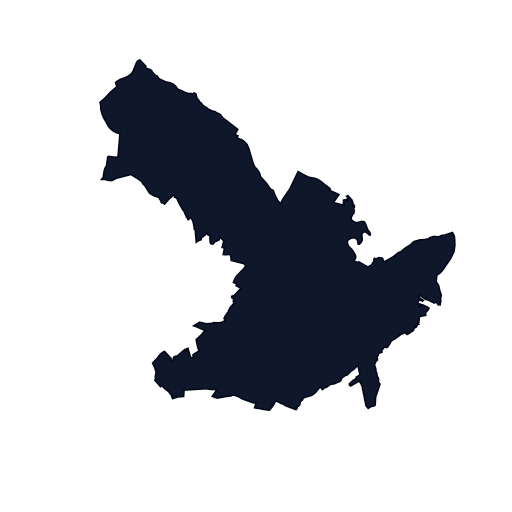 Iernut, Mures, Romania (Natural Earth projection), rotated 105°
{"feature_id": "2599482B14234854366201", "entity_name": "Iernut", "entity_type": "district", "adm_level": 2, "iso_a3": "ROU", "parent_name": "Romania", "parent_adm1": "Mures", "projection": "natural_earth1", "projection_center": [24.221, 46.434], "detail": "fine", "context": "isolated", "style": "filled", "palette": "ink", "viewbox_px": 512, "rotation_deg": 105, "n_neighbors": 0, "source": "geoboundaries", "source_scale": "gbopen_adm2", "svg_char_len": 6067}
<svg xmlns="http://www.w3.org/2000/svg" viewBox="0 0 512 512"><g transform="rotate(105 256 256)"><path d="M148.0,446.5L150.3,445.2L154.7,443.8L159.2,441.1L161.9,439.0L168.9,432.2L170.1,430.7L172.0,426.9L172.9,423.9L173.3,419.1L196.1,415.0L197.1,418.1L197.8,424.1L198.6,424.9L206.0,424.0L208.0,423.9L210.2,424.6L213.5,424.7L219.5,424.0L222.1,425.1L221.2,421.6L221.2,417.7L220.4,414.6L217.1,411.0L209.7,397.9L212.3,389.3L213.8,385.6L215.8,383.7L216.6,381.9L223.0,375.0L224.5,369.2L224.5,365.2L227.8,361.9L229.0,361.3L229.0,358.8L229.6,357.7L223.8,354.9L218.8,351.6L219.0,350.0L220.4,349.9L220.4,348.2L220.7,347.5L225.4,343.6L229.6,339.5L232.2,336.4L234.1,335.2L235.4,333.8L236.5,333.3L235.8,332.3L236.5,331.6L237.6,332.0L238.6,331.0L235.8,328.8L238.6,326.1L242.4,324.0L246.2,322.5L245.9,321.7L258.3,317.3L256.6,316.0L254.5,313.2L252.5,313.4L249.3,310.8L246.0,309.5L247.4,309.4L248.2,307.4L247.8,306.0L254.6,303.9L255.8,302.9L255.9,302.5L255.7,300.6L252.4,299.0L251.7,297.6L249.7,295.6L247.0,295.7L249.7,291.1L256.6,291.0L256.3,288.6L263.1,288.1L262.7,285.6L261.2,281.6L263.2,280.1L266.7,278.9L266.6,265.6L268.4,263.3L271.9,264.9L280.3,269.6L282.2,270.3L287.3,271.1L288.3,267.1L289.9,267.5L291.0,262.2L299.7,266.9L301.2,269.1L302.5,268.7L303.2,266.6L306.2,266.1L307.0,265.0L313.0,267.9L313.5,267.7L315.7,268.5L316.8,268.3L322.1,270.3L324.5,270.7L324.6,271.3L324.9,270.4L324.5,269.2L326.6,269.7L328.0,270.8L329.7,273.5L331.4,279.9L332.1,280.6L333.1,283.0L334.3,286.7L334.5,293.3L339.6,298.2L339.8,295.1L341.2,286.0L346.2,288.4L352.3,292.2L359.0,288.9L362.6,286.5L365.9,289.9L367.9,291.4L369.5,290.1L371.3,292.6L362.7,297.9L363.7,299.2L365.3,298.1L366.1,299.0L364.7,300.6L373.2,306.4L373.6,307.8L374.6,309.1L375.0,309.4L377.0,309.1L379.9,310.2L379.0,311.6L377.1,311.1L371.8,319.7L373.0,321.1L375.6,323.1L380.6,325.1L386.1,328.3L390.5,324.7L394.0,322.5L399.1,322.0L401.3,321.1L402.1,321.7L407.0,314.4L405.5,313.6L408.0,309.4L409.4,305.8L412.3,301.9L415.4,299.6L412.5,295.1L410.4,289.5L404.2,290.7L397.3,270.2L396.5,264.3L395.2,259.6L398.7,260.4L402.9,262.0L403.3,258.8L403.3,256.5L399.7,249.0L397.8,244.2L397.6,244.3L396.5,242.5L396.1,241.4L396.5,236.1L397.5,233.0L398.3,224.7L398.6,220.9L398.3,217.8L403.0,218.2L402.9,215.2L402.5,215.2L402.4,210.0L401.5,203.0L395.4,200.4L390.9,199.6L391.4,195.6L392.1,193.3L391.8,192.0L393.0,189.0L394.1,177.5L392.2,176.8L391.4,177.2L388.8,175.2L385.0,175.4L382.7,173.6L381.6,174.1L379.9,172.2L376.2,166.0L372.8,163.3L365.9,160.2L367.9,157.2L365.6,155.7L364.3,153.6L361.3,151.3L360.6,150.5L359.3,147.4L355.5,142.6L354.3,141.7L352.9,141.8L350.9,141.0L347.3,137.7L347.5,137.2L342.6,134.3L339.9,132.0L335.3,129.2L343.9,124.9L347.1,127.9L347.6,127.4L348.9,128.1L350.5,129.2L350.7,129.9L355.3,132.8L356.5,132.3L356.1,131.9L357.1,130.9L350.1,123.9L351.0,123.2L350.7,122.8L354.5,119.8L372.2,111.0L374.2,108.2L372.0,106.2L370.0,102.8L369.3,102.2L361.2,103.9L347.7,103.0L345.8,105.2L343.7,105.5L341.8,106.4L341.3,107.5L337.5,109.2L335.9,110.5L334.4,110.8L330.3,113.4L326.6,112.8L324.9,111.7L321.0,113.3L320.5,112.1L318.7,112.7L316.4,109.4L314.6,110.0L311.1,108.5L310.5,107.2L310.7,106.0L309.8,105.7L309.4,104.9L308.1,105.1L307.2,104.2L303.0,103.3L300.2,100.4L294.0,95.5L293.1,94.0L292.0,93.2L291.9,92.5L291.5,92.0L292.8,89.9L291.5,88.4L287.1,84.6L284.9,84.7L283.4,82.9L281.5,82.3L280.6,83.1L279.8,81.1L278.7,82.3L278.2,81.4L272.2,82.5L269.4,76.6L267.7,77.3L266.5,77.3L263.7,75.8L261.6,75.3L261.0,76.8L260.0,82.3L262.6,83.9L262.5,85.0L260.0,83.8L260.0,87.0L259.5,87.1L259.4,87.7L256.7,87.6L256.2,84.3L256.6,83.4L255.6,82.8L253.6,88.6L251.8,87.0L254.0,81.2L254.0,77.9L255.4,71.8L253.9,69.8L256.1,67.3L255.6,66.9L255.7,65.5L252.1,65.7L249.1,66.7L245.9,66.8L241.0,70.0L237.3,71.8L234.1,75.3L227.7,76.3L224.9,73.9L222.1,72.3L208.5,67.4L200.4,65.8L194.3,66.6L188.6,68.3L185.3,69.6L182.4,72.3L187.2,79.7L187.9,81.9L190.2,84.6L191.1,89.5L193.4,93.1L194.8,93.8L195.4,95.4L196.3,96.9L197.9,101.8L201.2,107.3L205.9,110.3L209.3,113.7L214.6,117.4L215.6,119.2L221.1,123.2L228.6,130.8L225.3,133.3L225.7,137.0L227.8,139.4L227.5,141.1L229.0,141.3L230.6,140.7L232.5,141.6L234.5,141.9L235.8,143.5L237.0,144.0L237.4,146.0L235.0,155.1L235.9,155.3L235.3,160.0L235.5,160.8L234.7,161.1L233.5,159.5L232.1,159.2L231.4,159.2L229.2,160.3L224.9,164.9L223.0,168.4L221.2,170.3L218.4,171.5L216.8,171.2L214.6,169.2L213.2,166.6L213.0,164.7L213.9,162.8L215.2,161.7L217.8,160.7L218.1,159.9L217.9,159.1L215.0,157.7L213.6,157.5L211.8,157.8L208.0,159.3L205.7,158.8L204.8,157.9L204.5,156.0L206.6,151.5L206.3,151.1L205.1,151.1L203.3,152.6L201.6,154.9L196.3,158.7L195.1,160.0L194.9,161.7L195.3,163.1L197.4,166.6L197.7,167.9L197.8,169.7L196.5,172.8L195.8,173.4L194.2,173.9L191.9,173.6L188.8,172.4L188.5,172.9L186.8,172.7L186.7,173.1L184.2,174.1L183.8,173.5L181.6,174.1L182.0,175.1L179.8,176.0L177.0,177.9L173.8,182.9L174.9,184.0L175.7,182.8L178.7,181.5L179.2,182.5L177.8,183.0L179.4,186.1L181.5,185.2L181.7,185.6L182.6,185.2L182.3,184.6L184.2,183.9L184.3,195.0L175.1,191.7L173.5,202.0L172.1,201.5L170.1,205.4L169.4,207.7L167.2,212.3L165.9,216.7L165.7,219.6L166.2,225.2L165.2,230.7L163.5,237.2L182.3,240.7L193.6,244.7L199.1,245.9L196.7,249.4L192.5,253.2L188.6,256.0L188.0,256.8L187.5,259.5L183.4,264.2L178.0,272.4L176.6,272.9L174.1,274.8L171.2,278.3L171.2,279.3L167.7,282.4L154.1,290.7L150.5,293.6L148.6,296.6L147.4,299.5L147.1,300.7L147.4,301.6L146.5,304.9L144.6,304.5L144.3,306.4L143.7,307.7L138.4,306.3L131.0,324.0L130.4,324.5L130.1,325.4L128.7,326.6L128.0,329.1L127.9,330.9L127.1,332.8L127.2,336.8L126.7,338.2L126.6,339.8L125.6,341.6L124.9,344.3L123.5,347.3L122.2,348.7L122.2,349.8L120.5,351.4L118.8,353.8L114.8,356.1L114.5,358.2L115.9,359.1L116.2,359.8L115.7,360.9L116.5,362.9L116.4,366.5L115.3,371.9L115.2,374.5L113.0,377.2L111.5,379.9L110.8,383.9L111.2,387.8L109.8,395.6L107.8,398.0L108.5,398.1L105.2,403.6L103.8,404.9L103.2,407.3L102.9,411.6L101.2,411.4L96.6,418.9L98.0,420.7L99.9,421.5L109.2,422.6L112.0,423.5L115.3,426.0L117.5,428.5L120.5,432.9L123.5,435.8L125.0,436.6L128.4,434.3L135.8,439.3L142.3,442.7L148.0,446.5Z" fill="#0f172a" stroke="#020617" stroke-width="1.5"/></g></svg>